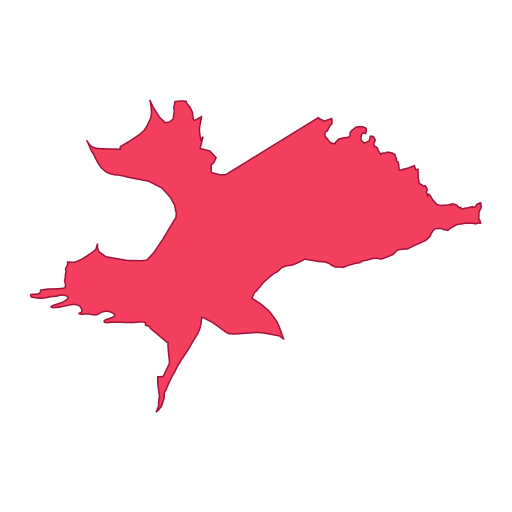 Hutan, Jawa Tengah, Indonesia
{"feature_id": "22746128B69994664325988", "entity_name": "Hutan", "entity_type": "district", "adm_level": 2, "iso_a3": "IDN", "parent_name": "Indonesia", "parent_adm1": "Jawa Tengah", "projection": "orthographic", "projection_center": [110.358, -7.173], "detail": "fine", "context": "isolated", "style": "filled", "palette": "rose", "viewbox_px": 512, "rotation_deg": 0, "n_neighbors": 0, "source": "geoboundaries", "source_scale": "gbopen_adm2", "svg_char_len": 5989}
<svg xmlns="http://www.w3.org/2000/svg" viewBox="0 0 512 512"><path d="M203.0,136.7L200.7,139.7L200.2,136.7L199.6,132.6L199.4,128.6L200.0,124.5L201.1,119.7L201.5,116.7L197.9,118.5L197.8,118.9L194.6,120.4L193.3,119.1L192.4,112.3L190.0,107.1L187.2,103.9L186.1,101.3L181.8,100.9L175.1,101.5L173.8,107.6L174.3,110.4L173.2,118.9L169.3,122.2L165.2,122.6L159.7,117.5L153.3,107.4L150.2,100.9L149.6,99.9L150.3,101.7L151.0,106.0L151.4,110.1L151.5,111.3L151.4,114.7L150.5,118.6L147.1,125.7L144.2,130.3L139.8,134.3L129.8,141.1L120.8,146.3L120.1,147.3L120.3,149.3L116.0,149.1L108.7,149.0L97.3,148.5L93.0,147.3L90.2,145.5L86.5,140.3L87.2,141.4L87.5,142.0L88.3,143.6L88.8,145.0L89.4,146.1L89.7,146.9L90.2,148.2L90.6,149.2L91.8,151.5L93.2,153.7L94.2,155.5L95.4,158.0L96.9,160.9L98.3,163.4L99.6,165.4L101.4,167.9L103.8,170.0L106.1,171.9L109.1,173.4L112.1,174.2L115.0,174.8L118.7,175.1L123.3,176.0L126.5,176.8L129.6,177.5L131.1,177.9L138.3,179.2L148.6,181.2L161.8,187.9L167.3,193.9L170.4,197.4L174.5,204.8L176.3,213.6L175.9,217.8L173.4,221.4L173.1,222.1L162.2,240.2L153.8,252.6L146.8,260.2L141.0,260.7L127.4,260.5L106.1,256.8L98.8,251.6L97.5,247.6L97.5,243.6L95.8,249.6L92.0,252.6L81.8,259.3L76.8,261.4L74.6,262.3L74.3,262.3L67.5,262.1L67.9,263.9L67.2,265.5L66.8,266.4L65.5,268.8L66.0,271.3L65.7,272.9L65.3,275.9L65.3,277.1L64.8,279.8L64.6,281.3L65.4,283.6L65.5,286.4L64.9,287.6L63.3,288.3L55.4,288.9L48.0,289.0L39.9,290.2L40.3,290.2L40.7,290.8L40.1,292.6L39.0,293.5L36.8,294.2L33.1,294.3L31.4,294.3L30.7,294.9L30.7,295.8L31.1,296.6L31.9,297.2L34.7,297.6L36.5,297.9L40.1,298.2L44.3,298.0L51.7,296.6L56.4,296.2L59.2,295.5L61.9,295.0L64.5,295.3L67.2,296.2L68.0,297.2L67.7,298.6L66.5,299.8L63.1,302.1L58.3,303.7L52.6,305.5L51.2,306.4L51.2,307.1L52.9,307.7L58.7,307.3L68.9,305.1L73.7,304.4L76.8,304.7L79.6,305.9L80.7,307.4L81.6,309.1L81.9,310.8L81.6,311.9L80.8,312.6L79.0,313.3L79.2,313.9L82.0,314.3L85.6,313.9L88.9,314.0L93.6,314.9L95.7,314.8L97.8,314.4L100.1,312.9L103.0,311.7L105.1,311.3L107.6,311.3L110.4,311.9L112.9,313.0L114.3,314.2L114.7,315.4L114.2,316.4L113.0,317.1L110.9,317.9L110.4,318.1L105.7,319.7L104.1,320.9L104.1,321.7L104.7,322.3L106.7,322.7L110.8,322.3L114.2,322.2L118.6,322.2L127.6,322.5L132.8,322.6L140.3,321.9L143.5,321.9L145.4,322.7L145.5,324.5L145.7,325.2L147.9,325.9L150.1,327.1L150.5,328.3L150.4,328.4L167.2,342.4L168.1,342.5L167.9,345.2L168.2,348.4L168.2,349.2L168.3,350.8L169.4,360.9L169.4,363.6L167.6,367.2L163.5,375.9L162.5,376.6L157.7,376.8L157.8,384.0L159.6,397.7L159.2,397.7L158.5,402.7L158.6,406.0L156.4,411.5L155.8,412.1L156.0,412.0L158.4,410.1L161.2,406.6L162.4,403.5L162.7,402.5L164.0,398.4L164.3,396.3L164.2,394.0L164.7,391.9L166.0,389.9L168.1,384.6L172.1,376.2L174.4,372.5L176.4,368.4L177.7,365.7L179.5,363.1L181.1,360.0L183.8,356.3L186.4,352.3L189.3,347.8L191.8,343.3L192.0,343.0L194.2,339.3L197.5,334.0L199.8,328.8L201.0,324.0L201.4,320.0L201.7,317.2L204.7,318.3L207.6,319.9L212.1,322.2L214.7,324.0L218.0,326.3L222.1,329.4L226.0,332.3L229.3,333.7L233.5,334.0L238.3,333.8L241.7,333.5L245.9,333.2L251.0,332.9L255.2,332.5L258.9,332.6L262.2,332.8L267.7,333.7L274.5,335.0L279.6,336.0L283.4,338.9L283.6,338.9L279.2,326.8L276.9,321.7L271.3,313.8L268.6,310.7L261.0,304.1L251.9,298.2L254.7,292.2L256.5,290.9L259.9,286.9L263.4,282.5L269.6,276.9L274.7,272.9L277.1,272.0L281.5,267.8L285.6,266.1L293.2,264.8L300.9,261.3L304.8,259.1L318.4,261.5L325.1,262.0L329.3,263.6L331.9,265.5L335.5,267.1L339.2,267.0L343.2,267.4L346.9,265.8L354.7,263.5L359.5,262.7L362.8,260.9L367.9,259.9L373.2,258.4L377.4,258.3L381.1,259.1L386.0,257.4L392.9,254.5L397.7,249.9L403.2,249.1L407.4,249.0L414.1,245.6L420.3,242.9L426.0,240.2L430.3,236.1L431.2,233.5L433.0,230.7L434.9,228.8L437.8,228.5L442.1,228.7L443.9,229.8L445.4,229.8L447.8,230.4L450.3,228.4L453.5,226.5L457.0,224.6L460.2,224.0L462.0,224.0L462.8,223.7L464.2,223.4L465.5,223.3L467.3,223.2L468.8,223.3L470.5,223.2L472.1,223.2L473.7,223.6L474.8,223.6L476.2,223.9L477.4,223.1L480.6,223.2L480.5,222.1L480.3,221.8L479.8,220.3L479.2,220.0L478.7,217.9L478.9,216.8L478.9,214.6L478.9,213.3L479.2,212.1L479.4,211.2L479.8,210.2L480.5,209.3L480.9,207.7L481.3,206.6L480.8,205.5L480.8,204.4L480.9,203.0L479.8,202.9L479.5,203.9L478.5,203.6L477.2,204.1L475.8,205.9L475.3,206.9L474.2,207.1L473.0,207.3L472.4,206.6L471.6,206.8L470.7,207.0L470.2,207.1L469.1,207.5L468.4,207.7L467.6,207.8L466.8,208.3L465.7,208.0L464.3,208.4L462.6,209.1L461.2,208.4L460.9,207.5L459.9,207.6L458.2,206.8L457.3,205.9L456.7,205.1L455.0,204.4L454.6,204.6L453.5,204.0L452.6,203.7L451.4,204.9L450.9,204.2L449.6,204.6L448.1,205.0L441.1,205.5L436.9,204.5L432.5,199.5L430.4,195.9L430.2,195.6L428.7,194.2L427.5,195.8L426.5,192.3L426.4,191.5L426.9,191.0L427.4,190.3L427.1,189.5L426.7,188.0L426.1,187.0L425.1,185.6L423.5,186.3L421.3,184.4L419.3,183.6L418.2,177.5L418.0,169.3L415.6,169.7L414.4,165.6L414.1,165.8L411.0,166.9L408.4,168.0L403.5,169.2L400.5,170.2L399.2,170.0L398.9,167.4L398.7,164.4L397.9,161.8L396.7,161.3L396.5,159.0L395.4,156.5L395.0,154.6L392.3,153.0L389.7,152.5L387.1,152.1L385.0,153.1L383.2,153.0L381.9,153.2L380.9,154.6L378.0,150.3L377.6,148.3L375.9,146.8L374.3,146.0L373.7,144.0L374.5,142.2L375.2,139.9L374.5,138.5L374.0,137.6L373.3,136.6L371.8,136.1L370.2,136.3L369.8,138.7L369.3,140.6L369.2,140.9L366.8,142.1L364.0,142.9L362.2,141.3L360.8,139.1L361.2,135.7L361.7,134.0L363.5,132.8L365.5,133.6L366.3,130.8L366.3,128.8L365.6,127.9L364.1,127.4L361.9,126.7L358.1,126.7L355.6,127.3L353.5,129.2L351.3,130.9L350.1,132.6L350.2,134.4L349.7,136.3L348.8,137.2L347.5,137.4L345.7,137.6L343.8,137.9L342.3,138.2L338.8,139.0L335.4,142.4L335.3,143.7L333.0,143.5L330.5,142.5L329.2,141.5L327.7,139.2L325.7,137.3L324.9,135.7L324.9,134.0L325.4,132.0L327.3,130.9L329.0,127.5L330.1,125.8L331.8,123.8L332.1,122.3L331.9,120.4L331.9,119.3L331.6,118.5L330.6,119.0L326.4,120.3L324.1,121.3L322.0,119.8L319.7,119.0L318.4,117.6L226.2,174.4L225.5,174.8L220.2,174.8L211.4,172.6L211.1,165.1L213.9,162.6L216.1,157.6L209.8,151.0L200.1,148.4L203.0,136.7Z" fill="#f43f5e" stroke="#9f1239" stroke-width="1.5"/></svg>